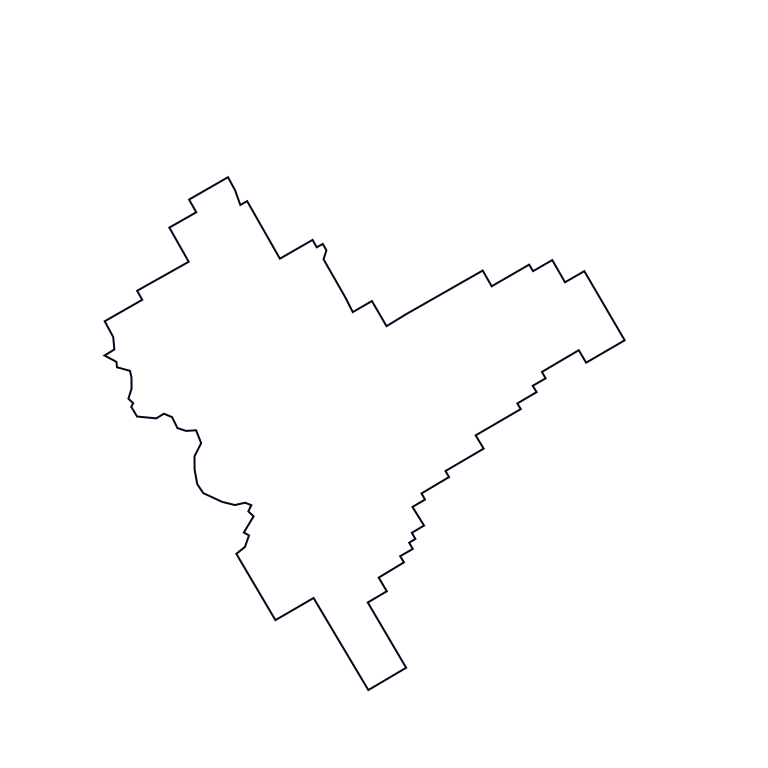 Union, Oregon, United States of America (orthographic projection), rotated 60°
{"feature_id": "52423323B75760567644754", "entity_name": "Union", "entity_type": "district", "adm_level": 2, "iso_a3": "USA", "parent_name": "United States of America", "parent_adm1": "Oregon", "projection": "orthographic", "projection_center": [-118.033, 45.409], "detail": "fine", "context": "isolated", "style": "outline", "palette": "ink", "viewbox_px": 768, "rotation_deg": 60, "n_neighbors": 0, "source": "geoboundaries", "source_scale": "gbopen_adm2", "svg_char_len": 1281}
<svg xmlns="http://www.w3.org/2000/svg" viewBox="0 0 768 768"><g transform="rotate(60 384 384)"><path d="M288.7,614.1L299.9,598.4L299.7,589.5L306.7,584.1L318.9,584.9L325.7,578.8L330.1,569.9L343.8,571.9L351.9,584.3L363.6,590.9L377.3,595.8L388.1,595.1L405.2,583.1L414.3,573.6L417.4,563.6L422.6,559.5L426.5,565.2L433.4,563.1L442.5,579.6L447.6,576.6L455.6,585.9L457.2,596.8L534.2,596.1L534.1,552.0L641.2,550.6L640.8,506.7L565.1,507.3L564.9,485.2L549.0,485.4L548.4,455.9L541.2,456.1L541.2,441.5L534.0,441.6L533.9,434.3L526.8,434.3L526.6,420.1L504.7,420.8L504.6,406.3L497.5,406.2L497.1,374.2L490.1,374.3L489.8,330.0L474.3,330.3L474.1,278.1L467.5,278.3L467.3,255.9L459.9,256.1L459.9,241.2L452.5,241.2L452.1,198.4L466.6,198.3L466.5,153.7L386.4,154.1L386.4,176.4L360.8,176.3L360.8,198.5L353.2,198.6L353.2,241.9L335.1,241.8L334.6,330.5L335.2,352.9L306.1,353.0L306.1,375.1L290.4,374.2L245.8,374.0L239.4,367.0L232.1,367.0L232.0,373.9L223.5,373.8L223.4,411.5L157.2,411.1L157.1,418.9L141.7,416.1L126.9,415.7L126.8,460.6L141.4,460.7L141.2,491.7L180.5,492.0L179.8,551.2L190.2,551.3L190.0,594.5L207.9,595.0L219.3,600.3L219.6,611.8L231.1,604.6L236.0,606.9L245.6,597.4L252.0,599.4L261.9,605.0L268.9,612.7L275.2,610.8L277.4,614.3L288.7,614.1Z" fill="none" stroke="#020617" stroke-width="2"/></g></svg>